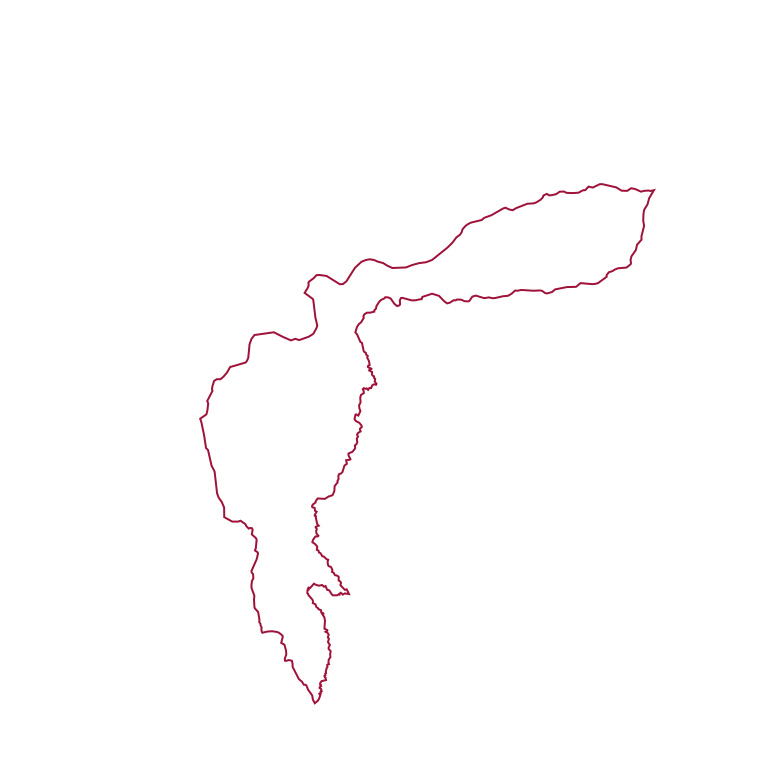 outline of La Argentina, Huila, Colombia, rotated 122°
{"feature_id": "7082276B50002192579952", "entity_name": "La Argentina", "entity_type": "district", "adm_level": 2, "iso_a3": "COL", "parent_name": "Colombia", "parent_adm1": "Huila", "projection": "natural_earth1", "projection_center": [-76.066, 2.187], "detail": "fine", "context": "isolated", "style": "outline", "palette": "rose", "viewbox_px": 768, "rotation_deg": 122, "n_neighbors": 0, "source": "geoboundaries", "source_scale": "gbopen_adm2", "svg_char_len": 6152}
<svg xmlns="http://www.w3.org/2000/svg" viewBox="0 0 768 768"><g transform="rotate(122 384 384)"><path d="M275.1,367.5L273.7,366.9L271.6,363.3L271.1,359.6L269.3,356.3L268.2,355.6L263.1,355.4L260.4,353.0L258.1,344.5L255.0,341.0L253.7,337.3L252.0,335.1L246.7,329.8L243.4,325.5L239.5,323.5L235.3,322.4L234.3,320.4L231.5,317.4L225.6,306.5L222.0,301.3L221.2,299.2L221.5,295.5L220.9,293.8L216.9,290.2L213.1,289.0L205.0,280.4L199.8,272.6L194.3,270.8L188.8,260.0L186.6,257.3L184.9,255.9L175.1,252.0L173.8,252.9L170.0,252.5L167.1,250.0L164.8,249.0L161.9,246.9L156.7,240.0L151.7,238.3L150.4,238.7L148.1,240.7L144.6,241.8L136.9,241.4L131.8,243.2L125.1,242.1L122.4,243.9L112.1,247.2L108.3,250.6L102.6,253.9L98.4,255.7L92.1,255.7L85.9,257.6L76.6,257.8L79.1,260.3L79.7,262.1L82.3,265.7L84.7,268.0L85.6,274.5L87.0,278.1L91.3,280.1L94.1,284.8L94.2,291.3L98.7,304.4L100.1,306.8L106.8,311.1L108.2,315.1L113.1,316.1L113.8,317.4L115.4,318.6L118.6,320.3L122.2,325.3L125.2,330.6L125.4,333.3L127.8,336.9L131.7,338.6L135.0,341.8L136.5,344.0L136.5,346.7L139.7,348.7L141.5,348.2L144.7,348.8L149.3,351.1L151.5,352.8L155.2,358.0L164.9,365.2L168.4,366.9L169.7,370.5L170.1,374.4L171.9,375.9L184.0,382.4L189.9,387.0L193.2,388.1L201.2,395.9L204.3,397.7L206.6,398.6L211.1,399.4L214.0,398.6L217.1,398.6L221.2,400.3L228.1,400.9L234.8,402.5L253.4,409.0L258.6,413.0L262.9,418.3L268.1,423.1L273.5,427.1L281.2,438.4L281.9,443.9L281.9,448.9L283.5,454.0L284.1,458.2L285.8,462.2L288.7,465.3L292.3,467.9L300.9,470.2L316.8,470.3L321.0,471.8L322.8,474.3L322.8,489.9L325.6,496.2L327.4,498.9L331.8,499.8L336.9,501.8L338.1,501.8L340.4,500.1L343.4,499.6L348.8,499.6L349.6,489.4L350.7,488.1L364.1,477.3L369.7,471.6L372.3,470.9L378.9,470.5L383.8,472.9L391.7,479.2L392.7,483.2L396.3,486.0L397.6,494.6L398.5,504.8L411.1,519.8L416.0,520.3L421.7,519.0L433.7,513.0L436.9,512.5L439.1,512.7L451.2,523.5L457.2,523.2L462.9,524.0L466.6,525.2L468.6,528.4L471.5,529.7L476.9,528.3L479.7,527.1L480.7,525.8L492.1,524.9L493.6,522.8L499.9,519.8L503.9,518.5L510.8,521.5L513.4,518.4L522.7,509.5L532.6,501.0L533.3,498.2L544.7,486.9L548.0,481.3L565.2,467.6L567.9,464.1L570.1,459.0L573.4,454.2L581.6,448.9L581.1,439.8L578.1,434.9L576.0,433.2L576.3,427.2L577.4,425.6L578.3,422.1L576.8,421.0L576.3,419.4L577.2,418.2L581.6,416.4L582.6,410.8L583.7,409.4L591.2,405.7L593.6,405.2L593.7,402.0L594.5,401.0L600.2,399.1L612.8,397.3L614.0,396.3L614.6,394.3L618.1,391.8L621.0,391.6L624.9,389.8L627.3,388.1L632.2,381.8L636.0,379.8L641.8,375.7L642.7,374.6L644.0,370.0L649.8,364.8L652.1,363.5L652.7,361.9L654.1,360.7L655.5,358.6L656.8,358.2L659.0,356.2L659.4,355.3L655.7,351.7L653.0,347.9L651.2,343.9L650.6,341.5L651.1,336.9L652.0,335.9L658.0,334.0L657.9,330.2L662.0,325.8L665.2,323.5L669.3,322.7L671.1,321.3L670.7,320.3L668.6,318.5L667.5,315.5L669.6,313.4L672.4,311.5L679.4,299.7L679.9,295.9L681.5,292.6L680.7,291.1L680.7,290.2L683.4,286.5L686.2,279.8L689.3,277.1L691.4,273.5L687.7,272.3L685.4,272.3L682.0,273.0L681.0,274.6L680.1,273.6L679.1,274.6L677.9,274.0L677.7,274.8L676.6,274.9L675.9,276.0L676.0,277.4L675.3,277.9L673.6,277.3L673.5,278.0L672.7,278.0L672.5,279.1L671.4,279.6L669.1,279.5L665.8,276.3L664.1,277.9L664.0,279.0L663.2,279.8L662.1,279.3L661.0,280.3L659.8,279.9L659.1,280.8L655.3,282.1L654.3,281.9L652.2,283.3L650.7,282.2L650.0,283.3L647.1,284.8L644.0,284.7L641.7,286.5L639.3,287.4L638.7,287.9L638.0,290.6L636.6,291.4L634.0,291.6L632.5,294.8L629.2,295.7L628.7,297.3L625.7,298.2L625.0,299.9L625.1,302.2L623.4,301.3L622.8,301.6L623.0,304.9L615.7,308.8L613.3,311.2L612.1,314.0L611.0,313.6L610.6,314.6L611.2,315.4L611.0,316.2L609.2,317.4L609.7,320.2L609.2,320.6L608.9,323.3L607.2,325.3L607.5,328.3L605.8,329.1L604.8,330.5L603.1,336.1L602.2,337.1L602.0,338.2L599.3,339.7L598.2,338.9L597.5,340.2L596.5,340.0L596.0,338.5L590.5,337.6L590.3,334.9L589.5,332.3L587.3,330.0L587.7,327.4L586.3,326.5L588.7,323.1L588.1,321.9L588.1,320.9L590.2,316.6L590.3,315.3L587.8,311.5L586.4,311.1L586.2,310.1L585.2,310.5L583.9,310.0L584.4,307.3L582.4,306.3L580.7,302.4L577.9,306.8L579.3,308.1L577.7,314.4L575.4,315.1L574.7,316.3L574.6,318.4L571.8,320.0L571.4,320.7L571.4,322.5L572.1,324.3L570.7,326.7L570.9,328.6L569.0,329.2L567.3,331.9L567.7,334.3L567.3,335.4L564.9,337.5L562.6,338.2L563.0,339.7L562.2,343.8L562.8,345.1L561.2,347.9L561.3,349.9L560.0,351.3L560.2,353.1L557.3,354.4L556.3,357.3L556.1,360.9L554.0,361.6L549.7,361.4L548.2,359.2L547.5,359.2L546.6,362.0L544.6,363.7L542.6,364.1L541.8,366.0L541.3,366.2L538.8,364.3L538.1,366.5L533.1,371.3L532.2,371.6L532.4,372.8L532.0,373.3L528.0,373.5L528.1,375.3L525.8,377.2L526.5,379.4L525.6,380.4L524.0,380.5L520.7,379.3L519.5,379.8L516.2,379.6L512.8,373.3L508.7,371.3L505.7,368.8L504.6,368.8L501.1,369.4L496.6,371.8L492.0,371.2L491.1,372.0L488.7,372.2L486.0,374.1L484.1,374.3L482.9,373.1L480.6,372.6L474.1,374.3L471.4,373.2L468.7,375.7L466.1,372.7L465.5,372.6L463.5,376.1L461.8,377.3L458.1,374.8L454.5,374.4L453.3,374.6L451.7,376.1L449.8,375.5L447.5,375.8L444.7,378.2L442.4,378.1L441.3,380.0L439.0,380.0L436.6,378.7L435.3,380.4L434.6,380.7L432.1,380.0L431.0,381.4L430.0,384.3L430.3,387.7L429.8,389.9L429.1,390.5L425.3,391.9L424.5,391.6L424.4,389.0L419.4,389.7L417.8,391.9L415.3,393.8L412.1,394.1L408.0,397.0L405.4,397.7L402.4,396.3L400.7,397.6L399.6,399.3L398.2,398.9L398.0,397.3L396.9,396.4L397.4,394.4L395.3,394.3L394.2,392.7L391.7,393.3L390.1,392.8L389.0,391.3L388.9,390.4L387.9,390.4L386.7,393.3L384.3,394.2L384.2,395.5L382.8,396.5L382.9,398.2L382.2,399.4L380.1,400.5L380.4,403.7L379.2,404.0L378.1,402.7L377.7,402.8L378.2,406.4L377.8,406.9L376.8,407.1L375.5,406.2L372.4,409.0L370.5,412.3L368.8,412.6L368.5,414.7L367.1,416.0L367.3,417.6L366.8,418.7L360.8,424.5L360.8,426.4L356.4,432.8L355.3,435.7L350.0,437.1L346.7,437.1L343.7,436.1L338.6,436.2L337.4,437.4L335.4,437.6L332.6,436.3L330.9,433.6L327.8,430.6L327.0,431.2L324.2,430.8L321.9,431.7L316.9,431.6L314.4,431.1L311.1,429.0L309.8,428.9L308.4,426.6L308.0,423.6L310.5,417.7L311.0,414.2L309.1,412.6L307.8,412.6L304.7,414.9L302.2,415.2L301.3,414.3L298.4,404.8L296.1,401.4L292.9,398.2L292.2,397.0L289.8,397.6L282.0,391.1L280.1,384.1L281.9,376.9L282.2,373.2L280.2,371.3L275.9,369.2L275.1,367.5Z" fill="none" stroke="#9f1239" stroke-width="2"/></g></svg>